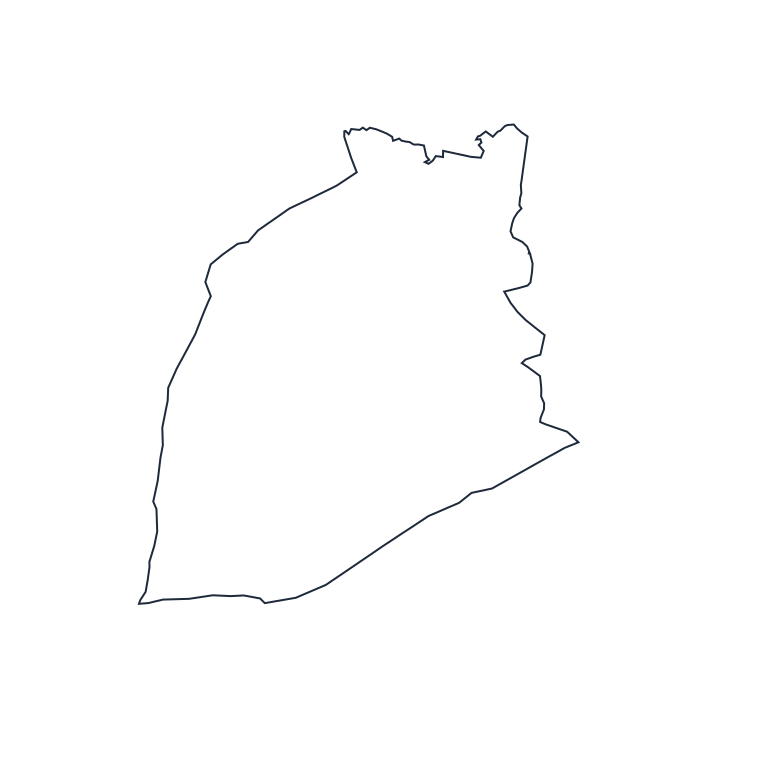 Voinjama, Lofa, Liberia, rotated 19°
{"feature_id": "62588387B81783560061544", "entity_name": "Voinjama", "entity_type": "district", "adm_level": 2, "iso_a3": "LBR", "parent_name": "Liberia", "parent_adm1": "Lofa", "projection": "mercator", "projection_center": [-9.823, 8.242], "detail": "fine", "context": "isolated", "style": "outline", "palette": "slate", "viewbox_px": 768, "rotation_deg": 19, "n_neighbors": 0, "source": "geoboundaries", "source_scale": "gbopen_adm2", "svg_char_len": 2598}
<svg xmlns="http://www.w3.org/2000/svg" viewBox="0 0 768 768"><g transform="rotate(19 384 384)"><path d="M342.6,630.0L370.3,614.8L371.8,613.4L375.2,610.3L394.4,592.9L420.2,558.5L420.8,557.7L435.3,538.2L449.5,519.7L458.3,508.4L467.1,496.9L469.0,494.4L480.1,484.3L485.0,479.8L493.7,471.9L502.1,458.6L504.6,457.0L513.0,452.0L520.2,447.6L552.7,411.1L564.4,398.0L566.0,396.3L575.6,385.6L586.8,375.8L580.6,373.0L572.7,369.5L566.4,369.5L549.8,369.5L544.0,369.1L543.7,368.1L543.1,365.0L543.5,356.0L541.7,350.1L536.7,344.7L535.3,340.4L534.8,338.8L534.5,337.9L532.2,332.6L528.9,325.7L514.7,321.2L507.5,319.4L508.1,318.2L509.8,314.9L516.0,309.9L522.3,305.4L521.6,299.3L520.1,286.2L520.0,285.5L508.3,281.4L497.1,277.4L486.8,272.4L477.3,266.1L467.6,257.5L468.3,257.1L470.3,255.8L479.6,249.8L480.9,248.9L487.7,244.2L489.4,240.3L489.2,239.1L489.1,238.7L489.0,238.3L487.6,230.4L487.2,228.8L485.5,222.5L485.3,221.8L479.9,213.7L479.7,213.4L477.4,213.4L479.5,213.1L474.9,207.8L474.5,207.4L468.7,204.7L458.4,203.3L455.9,200.6L455.3,199.9L453.9,198.4L452.9,190.2L452.9,184.8L454.3,178.9L456.8,173.3L453.8,170.9L452.0,163.4L451.8,159.0L451.5,158.3L448.6,151.3L447.8,146.8L445.2,133.7L439.2,103.2L432.1,101.3L426.5,99.0L422.3,96.4L416.5,98.9L414.3,100.8L411.6,106.5L409.3,108.5L406.4,114.8L398.0,112.1L393.9,118.2L392.2,119.3L391.5,122.9L395.4,121.2L397.5,124.0L395.8,127.2L402.1,131.0L402.4,131.2L401.9,137.9L401.9,138.5L392.4,140.9L364.0,144.3L365.9,150.2L358.8,151.6L357.4,157.0L354.4,161.3L350.4,160.9L353.7,157.3L349.9,154.9L344.1,145.5L338.3,146.4L335.1,147.7L333.4,147.8L329.4,146.9L325.6,147.7L321.3,148.2L318.5,147.0L313.4,151.1L311.2,147.6L305.5,146.4L300.8,146.0L293.8,145.7L293.5,145.7L287.2,146.3L284.8,149.7L280.5,148.5L278.2,151.7L270.0,153.6L269.6,157.8L269.3,159.3L265.2,157.2L264.2,158.0L266.0,163.3L279.5,181.1L289.3,192.7L285.5,197.7L280.6,204.1L274.7,211.8L270.9,215.7L259.2,227.4L256.4,230.3L250.4,236.2L244.6,241.8L237.5,248.8L235.4,251.6L232.4,255.8L215.0,279.6L209.2,294.0L200.1,299.0L198.9,300.6L196.2,304.5L195.6,305.2L189.1,314.4L181.2,327.3L181.8,343.6L181.9,345.8L191.7,357.4L191.1,363.0L190.5,371.6L190.5,372.0L190.2,377.1L189.3,398.6L189.0,400.5L184.8,426.3L184.0,431.0L183.0,437.0L181.2,457.9L184.9,470.2L188.4,496.1L188.7,497.8L194.8,513.8L196.7,526.7L196.8,527.2L197.0,528.1L201.6,549.4L204.1,570.3L209.6,576.4L214.5,589.2L217.6,597.3L219.5,612.0L220.1,628.6L221.9,633.5L224.4,646.4L226.3,658.1L224.4,665.6L223.9,667.9L223.9,671.6L232.4,667.9L245.2,659.8L269.6,650.6L290.9,639.5L308.0,634.5L320.2,629.6L336.6,627.1L342.6,630.0Z" fill="none" stroke="#1e293b" stroke-width="2"/></g></svg>